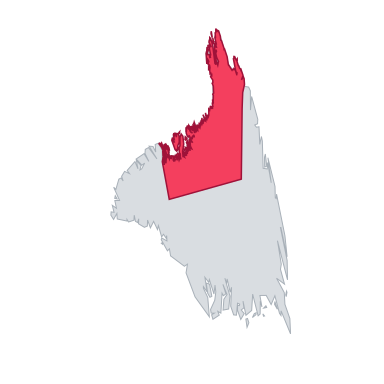 Qaasuitsup Kommunia highlighted on a map of Greenland, rotated 80°
{"feature_id": "GRL-2743", "entity_name": "Qaasuitsup Kommunia", "entity_type": "state/province", "adm_level": 1, "iso_a3": "GRL", "parent_name": "Greenland", "parent_adm1": "", "projection": "natural_earth1", "projection_center": [-56.716, 74.362], "detail": "fine", "context": "in_parent", "style": "filled", "palette": "rose", "viewbox_px": 384, "rotation_deg": 80, "n_neighbors": 0, "source": "natural_earth", "source_scale": "10m", "svg_char_len": 9719}
<svg xmlns="http://www.w3.org/2000/svg" viewBox="0 0 384 384"><g transform="rotate(80 192 192)"><path d="M251.3,108.1L272.3,109.6L242.4,110.6L242.4,111.1L275.9,110.2L295.1,113.2L254.8,116.3L278.6,116.6L283.5,118.3L298.8,116.9L291.6,123.7L307.1,118.6L318.7,120.0L333.6,117.6L348.8,119.6L324.5,124.9L329.1,125.8L326.7,126.9L308.6,128.4L316.6,133.6L306.7,136.9L305.7,143.1L317.4,143.1L311.4,143.7L324.0,146.1L325.4,148.4L303.1,150.0L319.0,153.8L322.8,160.3L308.3,160.7L315.1,161.0L316.7,164.0L320.8,161.7L326.0,166.1L316.3,167.7L311.5,166.8L312.1,165.1L310.7,164.5L309.4,166.5L321.0,169.6L320.3,172.3L311.2,173.7L292.7,169.6L297.3,171.8L283.7,172.5L288.1,173.8L282.6,174.6L301.1,172.7L313.6,176.2L313.7,181.9L303.1,179.2L299.0,175.3L288.3,177.6L298.2,176.3L299.6,179.1L296.9,180.0L316.3,184.6L314.0,187.3L318.0,186.6L321.0,193.5L316.3,194.0L315.2,191.1L314.6,194.2L310.9,194.1L302.6,188.4L294.5,185.9L287.7,185.5L296.3,188.1L281.3,190.1L283.9,191.2L278.3,194.1L292.9,194.5L287.1,197.2L288.6,197.5L298.6,194.8L317.9,196.6L295.8,207.2L270.6,211.9L262.3,209.0L263.8,212.4L251.2,224.2L244.0,224.1L245.7,226.4L233.6,230.6L232.1,229.7L235.8,225.2L230.5,224.5L233.0,225.5L228.7,227.4L230.9,229.7L219.3,230.9L223.0,232.5L214.3,234.9L220.1,239.2L211.9,240.6L217.8,241.9L218.5,245.0L214.0,250.2L209.1,249.1L212.6,250.9L211.1,252.8L204.8,252.9L209.7,254.1L210.5,259.7L207.7,260.8L209.3,261.1L205.6,270.3L200.1,269.7L205.4,274.0L200.7,275.9L197.5,275.1L198.5,272.3L191.3,272.8L194.9,269.2L187.0,269.5L187.8,264.8L173.7,268.3L176.2,266.5L166.6,261.8L165.9,259.4L169.2,257.9L164.4,258.6L160.0,254.8L163.0,250.4L159.5,252.1L152.1,242.9L159.8,241.2L151.1,241.3L157.1,237.6L161.2,239.4L160.5,237.5L155.3,233.6L156.9,236.7L149.8,241.2L145.9,232.6L154.4,229.2L145.8,231.6L141.9,230.6L140.7,227.1L153.3,220.8L139.4,226.3L140.4,222.5L146.4,220.8L138.8,220.0L138.1,216.7L145.5,214.1L156.7,215.9L146.5,213.5L138.4,215.7L141.7,210.8L150.8,211.9L153.2,209.4L140.4,210.1L142.3,207.7L153.3,207.8L155.2,206.4L152.6,206.8L153.4,203.9L158.0,203.6L153.5,203.3L157.5,197.2L146.5,197.0L133.4,192.3L155.4,194.5L149.0,190.0L153.3,190.1L141.3,187.8L148.8,185.1L139.5,185.8L141.1,184.2L138.1,180.2L136.6,180.5L139.3,183.6L136.5,186.7L127.3,186.0L131.5,180.2L127.4,181.5L129.0,180.2L127.2,179.5L132.0,176.5L126.8,175.6L128.9,173.3L124.4,171.6L125.9,170.2L123.7,167.6L118.2,167.6L123.5,164.8L111.0,159.1L112.7,158.0L111.3,156.7L85.8,152.2L58.7,154.0L52.6,151.9L60.1,150.2L44.3,147.4L70.5,144.4L54.2,144.7L36.5,139.9L43.1,137.2L73.8,133.6L82.8,127.8L67.5,126.7L81.5,122.4L97.2,121.6L98.5,118.0L102.5,117.0L121.5,120.2L108.3,116.7L131.8,114.6L136.2,115.6L136.9,118.6L139.4,117.3L139.4,114.7L156.9,117.0L149.4,114.0L154.1,113.9L181.0,117.8L182.4,113.9L176.1,112.4L196.7,112.4L171.4,111.3L201.0,109.3L212.2,111.0L213.1,110.2L208.8,109.1L251.3,108.1ZM134.4,195.1L148.6,200.3L138.1,202.9L131.3,199.5L134.7,197.8L131.8,196.4L134.4,195.1ZM298.2,190.6L298.8,192.6L294.5,194.1L284.1,193.8L285.8,190.7L298.2,190.6ZM180.1,116.1L170.5,114.6L167.3,113.2L179.5,113.9L180.1,116.1ZM322.3,128.3L317.0,130.2L314.2,129.4L322.3,128.3ZM330.6,158.7L334.8,161.3L326.5,161.0L326.2,159.3L330.6,158.7ZM326.1,154.3L322.5,151.7L322.1,149.9L323.9,150.3L326.1,154.3ZM129.4,176.7L127.4,178.7L123.8,177.6L129.4,176.7ZM311.4,117.4L309.6,117.6L306.0,116.1L307.3,115.9L311.4,117.4ZM155.5,198.5L152.5,200.7L151.7,198.5L155.5,198.5ZM318.7,138.5L318.8,141.6L316.9,139.0L318.7,138.5ZM43.1,145.2L39.9,145.7L37.4,145.3L43.1,145.2ZM138.7,187.9L137.0,189.4L136.6,189.1L138.7,187.9ZM326.8,143.1L324.3,143.4L326.7,142.1L326.8,143.1ZM185.8,266.9L184.9,269.2L182.3,268.2L185.8,266.9ZM149.6,191.1L147.1,191.0L146.9,190.8L147.9,190.2L149.6,191.1ZM238.3,230.1L237.1,231.1L236.7,229.8L238.3,230.1Z" fill="#d9dde1" stroke="#a8b0b8" stroke-width="1"/><path d="M60.8,150.5L60.3,149.8L54.1,150.0L49.6,149.2L52.8,147.8L47.4,149.3L45.0,148.5L46.7,148.3L43.0,147.7L44.1,146.9L46.8,146.8L45.7,146.6L52.0,146.2L69.8,147.1L69.3,146.9L70.8,146.5L55.3,146.0L64.2,145.3L70.6,146.2L68.3,145.1L71.6,144.6L68.2,143.3L68.5,143.1L63.5,144.4L59.4,144.5L57.6,143.4L57.1,143.5L58.1,144.4L54.8,144.8L49.3,144.0L53.4,143.3L53.6,142.8L47.3,143.3L51.2,142.3L44.0,142.7L43.4,142.5L44.7,142.1L39.3,141.6L39.1,140.9L35.2,140.2L38.5,139.3L36.5,139.2L37.9,138.6L37.5,138.4L38.0,137.8L43.6,137.0L47.5,137.3L47.8,136.7L56.3,135.5L58.2,135.8L56.2,135.2L65.0,133.9L72.2,134.1L74.0,133.9L73.3,133.8L79.1,131.4L78.3,130.6L78.7,129.8L77.8,129.4L78.8,128.7L78.3,128.3L84.9,127.5L82.9,127.5L82.6,126.9L81.3,127.8L78.9,128.0L68.0,128.1L67.9,127.6L65.8,127.2L66.0,126.5L69.7,125.6L69.9,125.1L76.2,124.4L75.3,124.2L78.6,123.6L78.9,123.0L80.5,122.7L80.1,122.4L86.0,121.5L90.2,123.8L87.4,121.4L89.4,121.0L95.1,121.6L102.9,124.8L118.8,128.2L187.9,141.2L195.3,215.7L157.0,216.0L155.1,215.3L156.7,215.0L158.5,214.3L160.6,214.6L158.5,214.2L154.3,215.1L154.9,214.9L152.5,214.5L154.3,214.4L158.6,213.5L155.5,213.0L155.0,213.4L156.4,213.4L153.4,214.1L152.2,213.2L154.4,213.2L154.0,212.5L150.9,212.8L152.4,213.6L151.6,214.3L146.5,213.7L150.7,212.5L142.7,214.1L138.8,216.1L138.3,215.3L139.5,214.4L138.7,213.7L141.1,213.8L139.8,213.2L140.4,213.1L140.8,213.5L141.6,213.5L141.0,213.4L142.3,213.2L140.8,213.0L143.3,212.5L141.1,212.1L147.3,212.9L148.1,212.5L144.1,212.4L141.7,211.4L142.0,211.0L139.9,211.2L140.8,210.9L141.9,210.8L145.8,211.8L143.8,211.0L148.8,212.0L153.0,211.8L156.8,213.0L159.2,212.7L151.7,210.8L154.5,210.9L152.0,210.4L153.3,210.1L153.2,209.2L155.4,208.6L155.0,208.5L150.4,209.2L152.9,210.1L145.8,211.0L145.4,210.1L142.9,210.3L145.0,209.7L140.6,210.3L140.3,209.8L142.1,209.9L146.1,208.5L144.8,208.4L153.2,208.1L153.9,207.9L153.6,207.1L154.9,207.7L155.2,207.2L154.1,206.8L156.0,206.1L152.4,206.7L154.2,205.3L152.9,205.7L153.5,203.8L155.4,203.9L154.0,204.5L156.1,204.3L157.6,205.5L156.9,204.8L158.0,204.3L158.5,205.1L158.4,204.3L155.7,203.9L158.9,203.5L157.0,203.3L157.5,202.3L156.2,203.2L153.2,203.2L154.6,202.7L153.9,202.4L154.8,202.3L154.6,201.4L158.4,200.9L154.5,201.1L155.1,200.0L157.2,200.3L154.9,199.5L158.4,199.2L156.0,197.9L158.0,197.1L152.2,197.7L154.5,197.2L152.4,196.9L151.2,197.7L146.1,197.0L144.4,195.8L136.4,194.4L132.9,192.6L135.5,191.3L143.3,191.8L150.4,194.2L156.2,194.8L155.3,194.5L156.2,193.5L153.6,194.3L151.5,193.2L152.4,192.8L154.2,193.6L155.0,193.4L153.6,192.7L155.4,192.6L152.9,192.5L153.0,191.8L150.9,192.0L152.0,191.4L154.5,192.1L155.5,192.0L153.9,191.4L154.3,191.0L147.9,189.9L152.2,190.3L153.8,189.9L150.6,189.6L152.1,189.0L146.3,189.1L150.3,188.1L149.6,187.4L144.5,188.8L146.2,188.1L146.2,187.4L151.2,186.5L145.2,187.3L142.0,187.0L148.8,185.7L149.4,184.8L146.6,185.6L140.4,184.9L142.5,184.0L142.4,183.4L143.6,182.7L139.8,184.4L139.6,182.5L137.9,181.9L137.0,180.4L138.7,180.2L136.9,180.2L136.4,180.4L137.1,181.6L139.6,183.9L136.7,184.7L137.6,185.4L135.7,184.9L137.2,186.1L136.8,186.8L132.8,187.5L129.3,186.4L130.0,187.2L127.8,186.8L126.9,185.5L127.5,185.4L125.6,185.1L129.2,184.4L128.8,183.6L131.5,183.4L133.1,182.6L134.1,181.2L132.6,182.7L129.1,183.3L127.2,182.9L131.3,181.0L130.9,180.2L132.4,180.1L127.0,179.5L128.0,179.0L134.5,179.3L130.5,179.0L132.6,178.3L131.2,177.9L133.2,177.2L131.0,177.1L132.8,176.8L131.4,175.8L131.8,175.6L126.7,175.1L128.7,174.3L128.1,174.2L129.7,174.2L128.0,173.7L130.0,173.0L124.6,171.0L125.8,170.7L124.7,170.7L125.2,170.2L126.4,170.6L127.1,170.5L125.3,169.5L126.9,169.4L124.3,168.4L125.1,168.3L122.7,168.0L123.9,167.7L123.2,167.7L124.3,166.5L117.7,167.8L123.3,166.4L121.0,166.1L124.2,165.8L120.6,165.3L124.1,165.1L121.6,164.2L122.3,164.0L118.6,163.3L120.6,162.8L119.2,162.1L113.3,161.1L114.5,160.4L111.7,159.3L112.7,158.7L110.3,159.1L113.0,158.4L113.1,157.8L111.8,157.6L112.4,157.1L110.9,156.8L111.9,156.5L108.5,156.7L107.2,156.2L108.0,155.7L107.3,155.4L104.5,156.0L105.5,155.2L100.7,154.2L99.3,154.6L98.4,153.5L91.3,152.6L88.4,153.3L88.1,152.5L85.4,152.1L81.7,153.7L80.9,153.2L81.1,152.4L79.7,152.2L79.9,152.8L78.2,152.9L78.7,153.7L74.7,153.4L74.6,154.4L71.7,153.9L73.6,153.0L72.6,152.7L70.1,152.7L68.9,154.0L66.2,152.8L64.1,153.5L68.4,155.2L58.0,154.1L57.3,153.8L57.9,153.5L51.8,152.0L54.9,151.2L57.5,152.6L59.5,152.6L59.7,151.1L62.6,151.1L62.6,150.5L60.8,150.5ZM147.3,201.3L137.5,202.9L135.0,201.8L140.0,201.6L139.0,201.3L140.3,200.5L137.7,201.4L138.1,201.0L136.6,201.1L137.0,200.3L132.4,200.4L130.9,199.6L134.3,199.8L131.2,198.4L132.2,197.6L135.3,198.0L131.8,196.8L132.2,195.6L134.6,195.0L140.7,195.9L143.8,197.9L148.0,198.8L148.5,199.3L147.9,199.8L149.0,200.0L147.3,201.3ZM152.4,198.0L154.8,198.1L155.7,198.6L154.0,199.4L154.1,200.7L152.9,201.0L151.5,199.5L153.7,198.2L151.6,198.5L152.4,198.0ZM145.8,187.9L142.3,188.9L141.0,187.7L145.8,187.9ZM139.1,189.8L136.5,189.0L138.5,187.7L139.9,189.1L139.1,189.8ZM37.0,145.1L43.5,145.3L39.3,145.7L37.0,145.1ZM128.5,178.5L125.8,178.4L127.2,177.3L130.8,177.0L128.5,178.5ZM46.0,144.7L50.4,145.2L43.8,144.8L46.0,144.7ZM130.5,180.0L128.5,181.6L126.8,181.4L128.2,180.9L127.1,180.6L130.5,180.0ZM141.3,186.1L139.2,185.3L143.3,185.2L141.3,186.1ZM125.2,169.7L123.2,170.0L120.7,169.3L125.2,169.7ZM147.5,207.0L145.9,207.4L141.8,208.0L144.5,207.0L147.5,207.0ZM147.3,190.2L150.2,190.9L146.8,190.9L147.3,190.2ZM122.1,165.0L118.4,165.2L116.4,165.0L121.0,164.6L122.1,165.0ZM126.7,175.6L127.6,175.2L130.2,175.9L126.7,175.6ZM127.0,177.2L124.7,178.1L123.7,177.7L127.0,177.2ZM52.4,150.4L51.7,151.0L49.8,150.8L52.4,150.4ZM126.1,183.7L127.5,183.3L128.3,183.6L127.5,184.1L126.1,183.7ZM141.2,209.1L142.6,208.6L143.4,209.1L142.0,209.6L141.2,209.1ZM124.3,171.6L125.3,171.5L127.9,172.5L126.3,172.8L126.8,172.2L124.3,171.6ZM132.8,194.6L131.2,194.6L130.6,193.8L132.8,194.6ZM145.9,207.9L149.4,207.6L147.6,208.1L145.9,207.9ZM70.8,124.7L69.1,124.7L68.8,124.4L70.8,124.7ZM148.8,191.9L150.6,192.4L148.6,192.1L148.8,191.9Z" fill="#f43f5e" stroke="#9f1239" stroke-width="1.5"/></g></svg>